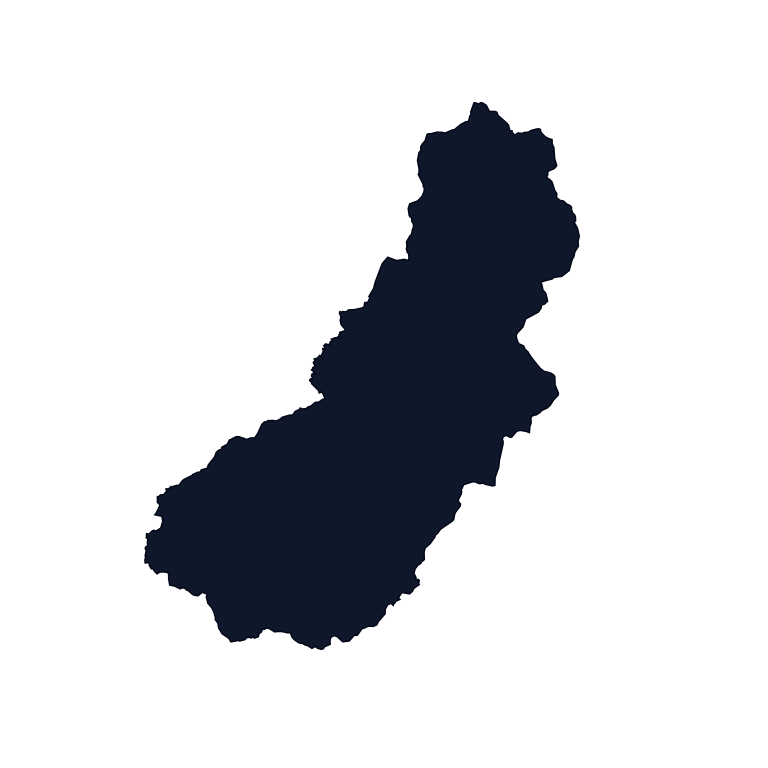 Bistrita Bargaului, Bistrita-Nasaud, Romania (Albers equal-area conic projection), rotated 293°
{"feature_id": "2599482B60435761683359", "entity_name": "Bistrita Bargaului", "entity_type": "district", "adm_level": 2, "iso_a3": "ROU", "parent_name": "Romania", "parent_adm1": "Bistrita-Nasaud", "projection": "albers", "projection_center": [24.898, 47.159], "detail": "fine", "context": "isolated", "style": "filled", "palette": "ink", "viewbox_px": 768, "rotation_deg": 293, "n_neighbors": 0, "source": "geoboundaries", "source_scale": "gbopen_adm2", "svg_char_len": 6155}
<svg xmlns="http://www.w3.org/2000/svg" viewBox="0 0 768 768"><g transform="rotate(293 384 384)"><path d="M459.2,532.8L458.2,526.1L459.5,521.5L464.6,511.9L468.7,505.2L469.6,504.4L471.3,500.0L473.6,497.7L473.7,492.7L474.7,491.1L478.1,488.0L480.7,486.6L483.0,486.8L490.8,489.6L499.3,489.0L510.4,497.9L515.0,498.9L518.4,498.3L520.2,500.5L524.3,502.2L529.7,498.3L530.9,497.1L532.6,493.6L537.3,490.4L538.1,488.6L538.6,488.8L540.3,489.9L546.4,497.7L548.6,498.9L552.6,505.6L560.8,510.1L572.1,508.6L575.5,509.0L580.2,508.1L586.8,509.1L591.2,506.9L596.3,506.0L602.8,501.4L607.4,495.7L609.0,496.6L612.3,495.1L614.0,493.7L615.2,490.8L617.7,488.5L619.9,487.6L620.7,486.3L621.1,484.9L620.9,482.6L622.6,477.5L621.8,474.3L623.0,469.9L626.6,468.8L629.0,465.4L635.5,459.9L636.5,458.0L637.7,452.9L640.4,453.0L642.9,452.0L644.2,452.1L648.8,456.5L651.9,457.6L652.8,457.5L658.0,453.1L668.0,448.0L670.7,445.0L674.7,443.2L674.2,439.8L674.6,435.7L676.9,430.3L679.5,428.3L679.4,426.8L678.4,424.9L674.9,420.4L672.2,418.4L670.1,414.4L668.8,413.7L667.4,409.1L664.6,407.5L664.4,406.8L665.6,403.9L667.1,402.9L666.5,401.4L666.9,400.4L670.8,397.6L672.2,394.8L675.8,384.1L678.3,381.6L678.2,379.4L676.1,374.5L680.4,369.4L681.2,365.4L680.9,363.3L678.6,361.5L678.6,358.7L678.1,357.0L668.5,357.5L666.2,358.8L664.2,358.3L658.8,359.2L657.4,356.9L653.2,353.4L645.6,349.4L644.7,347.8L638.8,342.2L638.5,339.8L636.7,334.6L632.9,329.7L631.6,326.9L630.5,326.1L623.9,326.8L619.7,325.4L616.5,325.2L613.5,326.6L610.6,325.8L602.9,327.5L595.4,332.4L592.4,333.6L590.3,333.7L583.2,342.0L580.9,343.2L580.1,344.6L576.6,345.7L571.7,345.7L565.8,343.5L559.9,337.3L555.0,337.7L548.9,341.4L548.1,342.4L547.9,344.3L544.3,346.3L542.9,348.4L540.0,349.9L537.9,349.7L532.9,350.8L530.1,349.9L523.7,349.2L519.2,351.5L517.1,351.8L514.0,354.3L513.8,355.5L509.8,357.8L507.5,358.1L507.0,356.7L506.7,353.9L502.9,348.1L502.5,346.4L502.2,338.0L495.0,335.6L492.9,335.4L474.4,336.1L468.0,337.1L458.6,335.9L458.5,337.3L452.8,337.2L451.4,334.4L447.5,335.5L445.5,334.2L440.7,327.4L438.3,322.3L436.8,321.9L435.1,319.8L434.5,317.5L433.5,316.6L433.3,315.1L431.6,315.3L430.6,316.7L428.7,318.0L428.5,319.0L427.3,318.5L425.5,318.8L421.9,321.3L418.8,327.5L418.0,327.5L414.2,323.1L412.8,323.9L411.8,323.2L410.7,324.0L409.0,322.9L408.5,324.2L408.0,323.5L407.7,321.3L404.8,318.1L404.4,319.3L402.8,319.4L402.4,318.2L398.8,318.1L398.3,316.8L398.2,314.7L395.7,313.6L393.1,317.1L392.9,313.9L392.0,313.9L391.0,315.2L385.2,315.4L385.3,313.7L382.1,312.6L380.0,311.1L380.4,310.7L379.7,310.0L378.6,311.4L376.2,310.5L373.6,313.5L371.0,312.0L369.7,312.4L368.6,311.8L368.2,314.9L367.4,314.4L366.5,316.5L365.3,313.9L363.0,314.1L361.7,316.1L361.0,316.3L360.3,314.7L358.6,314.0L358.1,314.3L357.4,316.3L356.0,317.4L352.5,326.1L350.5,327.8L351.8,329.5L352.4,329.4L352.5,330.1L347.5,335.6L345.8,333.4L341.9,331.1L340.3,328.0L335.0,325.2L332.7,322.6L331.0,322.2L329.5,319.5L329.0,316.1L327.3,316.0L324.1,312.9L320.9,312.4L318.8,311.0L318.8,309.7L313.9,303.6L310.8,301.9L307.7,299.1L307.2,296.4L304.9,291.4L302.6,290.1L302.5,288.8L299.1,287.3L289.0,287.1L283.9,286.0L282.4,282.5L279.1,279.1L279.3,277.4L278.8,271.0L277.8,268.6L274.0,265.3L273.0,265.0L272.2,263.6L267.3,263.3L262.4,259.4L261.9,260.2L260.3,259.6L258.0,257.4L255.2,256.3L250.7,256.6L241.1,253.9L237.4,254.2L233.9,249.7L233.0,249.2L231.6,249.8L229.8,246.8L225.9,243.3L224.8,243.0L218.0,237.2L216.4,236.3L209.5,234.5L210.0,233.3L207.4,229.9L205.6,229.7L205.4,229.3L206.4,228.0L203.4,226.8L202.2,224.3L200.4,225.8L195.6,224.2L195.3,222.8L194.4,221.4L192.3,220.7L191.8,219.4L186.3,221.8L186.7,222.8L185.9,223.2L185.1,225.1L176.7,224.8L174.1,224.2L175.5,231.2L171.2,234.0L164.1,234.8L160.1,231.9L159.0,230.0L159.4,229.2L157.7,227.7L154.0,226.4L153.5,223.9L149.4,225.4L149.8,226.5L149.4,227.1L146.4,227.8L142.2,229.8L141.2,228.4L139.4,228.4L137.6,230.3L132.8,231.2L131.9,231.7L132.2,232.3L129.1,232.5L126.2,233.8L125.9,234.2L127.5,236.6L126.3,238.9L125.3,238.9L123.0,242.1L123.7,243.3L121.8,246.2L120.6,249.3L123.2,251.0L124.8,254.4L125.9,258.1L124.7,260.7L123.4,260.6L123.0,261.3L121.4,261.4L115.2,265.3L116.1,270.2L115.8,276.4L117.0,277.2L118.1,279.5L117.8,282.4L117.3,282.4L117.2,285.0L115.4,290.3L115.6,292.4L116.3,295.5L121.9,298.5L121.1,300.3L121.7,302.7L120.7,303.5L118.6,303.6L113.3,307.6L110.7,313.0L107.4,316.6L102.7,320.4L101.3,320.6L98.8,324.7L94.8,327.1L90.8,332.7L89.3,340.4L86.8,343.9L91.1,350.2L90.9,351.4L94.4,355.9L96.4,356.5L97.8,357.8L98.0,359.1L99.0,359.4L99.1,359.9L98.5,360.2L98.2,361.0L100.1,362.1L100.2,362.7L99.4,363.9L102.2,367.0L104.2,366.8L104.6,366.1L107.6,367.9L110.6,368.0L111.9,370.1L113.1,370.8L114.1,372.9L113.1,380.5L113.7,380.9L116.2,386.5L117.2,392.1L118.4,395.2L115.2,398.0L113.7,401.1L112.6,406.0L112.7,408.6L113.4,410.0L113.0,413.3L113.3,416.6L112.5,420.4L112.7,421.2L115.1,422.8L115.4,423.5L114.8,426.2L115.3,430.1L116.8,431.7L118.7,431.8L123.4,436.2L126.2,434.7L128.9,434.1L130.1,434.3L132.4,435.8L133.1,437.4L133.1,439.8L130.6,446.7L133.4,451.7L134.6,452.7L140.7,454.6L142.3,457.6L150.5,459.4L151.0,460.6L154.8,464.1L156.9,469.1L159.5,471.4L163.5,471.7L172.9,474.8L177.3,473.1L182.0,473.6L184.9,476.0L183.8,479.0L185.8,478.8L186.7,479.6L188.8,479.9L191.9,482.8L192.4,481.3L194.0,481.0L199.0,481.9L200.8,489.5L204.1,491.1L207.7,491.4L213.1,494.8L213.8,493.9L217.0,493.2L217.5,491.6L216.2,489.6L218.3,489.1L221.5,485.5L226.0,484.9L230.4,486.0L233.2,487.9L235.7,488.2L236.9,489.3L238.5,489.6L244.8,486.6L249.0,485.9L254.9,488.8L262.9,490.6L264.8,490.3L267.3,491.6L272.5,492.8L284.6,500.5L286.6,501.1L291.3,500.0L294.1,500.0L301.6,501.9L303.5,501.3L304.2,499.2L306.4,497.6L312.9,498.1L315.5,497.4L316.2,496.6L322.4,496.6L328.2,503.3L329.1,504.8L329.5,506.2L329.5,510.7L331.3,513.6L331.3,516.6L332.6,523.8L334.0,525.7L341.1,522.9L352.3,522.1L358.7,520.1L375.4,517.0L377.7,516.1L379.4,514.5L381.9,514.3L384.2,516.1L384.5,517.6L384.2,520.6L385.0,522.3L392.5,524.7L394.5,527.4L395.9,533.0L396.1,536.8L402.2,534.8L405.5,534.7L409.9,532.6L412.0,532.6L414.0,534.4L414.9,536.0L418.6,538.7L421.1,539.4L425.4,543.4L429.4,545.3L435.8,546.4L441.7,548.6L443.8,548.1L449.9,541.9L457.5,538.4L458.8,536.3L459.2,532.8Z" fill="#0f172a" stroke="#020617" stroke-width="1.5"/></g></svg>